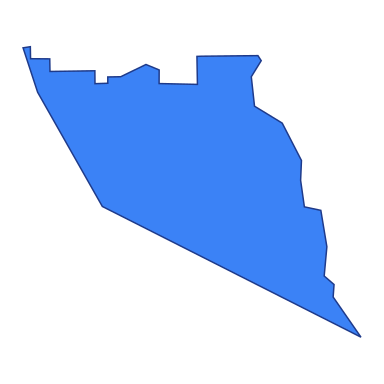 outline of Storey, Nevada, United States of America, rotated 89°
{"feature_id": "52423323B43012688186735", "entity_name": "Storey", "entity_type": "district", "adm_level": 2, "iso_a3": "USA", "parent_name": "United States of America", "parent_adm1": "Nevada", "projection": "orthographic", "projection_center": [-119.576, 39.439], "detail": "fine", "context": "isolated", "style": "filled", "palette": "blue", "viewbox_px": 384, "rotation_deg": 89, "n_neighbors": 0, "source": "geoboundaries", "source_scale": "gbopen_adm2", "svg_char_len": 559}
<svg xmlns="http://www.w3.org/2000/svg" viewBox="0 0 384 384"><g transform="rotate(89 192 192)"><path d="M337.5,30.5L340.1,25.6L299.5,52.7L287.0,51.6L278.3,61.3L249.1,58.1L212.6,63.5L208.8,79.9L182.2,83.2L162.4,82.0L124.7,100.6L107.3,128.0L77.8,130.7L61.9,120.5L56.8,123.7L56.4,180.2L56.5,184.7L84.5,184.7L83.0,223.0L69.4,222.7L63.7,235.8L75.5,261.3L75.5,274.2L81.8,274.3L82.0,287.1L69.1,287.0L69.0,331.9L56.4,331.9L55.9,351.1L43.9,351.1L44.9,358.4L89.6,344.6L151.2,311.1L204.9,281.9L337.5,30.5Z" fill="#3b82f6" stroke="#1e3a8a" stroke-width="1.5"/></g></svg>